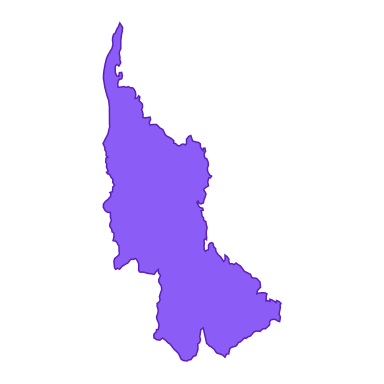 Araguanã, Tocantins, Brazil
{"feature_id": "56859067B14551772321426", "entity_name": "Araguanã", "entity_type": "district", "adm_level": 2, "iso_a3": "BRA", "parent_name": "Brazil", "parent_adm1": "Tocantins", "projection": "equal_earth", "projection_center": [-48.525, -6.736], "detail": "fine", "context": "isolated", "style": "filled", "palette": "violet", "viewbox_px": 384, "rotation_deg": 0, "n_neighbors": 0, "source": "geoboundaries", "source_scale": "gbopen_adm2", "svg_char_len": 4713}
<svg xmlns="http://www.w3.org/2000/svg" viewBox="0 0 384 384"><path d="M103.0,143.6L104.9,147.6L104.9,150.0L106.2,151.9L106.1,155.6L107.9,157.2L106.0,158.1L105.7,161.9L106.8,164.6L106.4,166.8L108.2,171.4L106.5,172.2L107.5,173.8L109.6,174.4L110.4,176.0L111.2,177.7L112.8,179.1L112.7,182.4L114.6,185.2L112.9,186.8L112.4,191.7L109.9,192.5L110.9,194.0L110.7,196.2L108.3,199.1L105.3,201.6L103.4,204.1L103.3,207.2L104.8,210.1L106.2,211.5L107.9,212.4L110.4,212.4L110.4,217.5L111.4,219.9L109.8,224.4L109.9,226.6L111.7,229.3L112.1,231.9L113.7,232.7L114.1,234.8L113.7,238.1L113.0,240.6L115.0,241.0L116.5,241.8L119.0,246.4L119.0,250.4L119.4,253.5L118.6,255.3L114.6,258.6L113.9,261.3L114.6,267.9L115.8,269.4L117.5,268.3L119.6,269.2L122.1,266.3L125.8,264.0L127.7,263.1L130.9,259.2L133.6,259.4L135.3,258.4L136.6,259.6L137.7,261.5L138.7,263.9L138.6,270.5L139.9,272.1L141.7,272.1L143.8,272.2L146.5,273.0L148.3,273.5L150.2,273.6L154.2,274.3L156.0,271.8L158.3,269.5L158.6,273.0L160.5,275.5L158.7,279.7L158.9,282.2L161.3,286.1L161.7,289.7L160.9,291.8L159.9,295.0L159.4,296.8L160.1,299.9L159.0,302.1L157.1,303.4L157.2,306.6L158.0,309.0L158.2,311.0L157.7,313.8L156.5,316.6L157.0,319.4L158.6,323.0L159.0,325.3L158.3,329.5L156.5,329.6L156.3,331.9L154.2,333.7L153.7,335.6L154.1,338.0L156.7,339.7L159.9,340.1L162.5,338.1L165.4,340.1L167.9,342.7L170.2,344.2L173.9,349.0L178.4,353.3L181.2,359.3L183.3,360.5L186.9,361.0L189.0,359.8L190.8,359.7L193.4,356.3L195.9,355.6L196.5,353.6L197.9,349.7L197.9,346.0L197.7,344.0L199.6,342.6L200.5,339.6L199.7,336.6L200.2,334.0L200.8,329.7L203.2,327.9L206.7,343.5L208.1,344.5L209.2,345.9L211.3,346.9L214.2,349.3L215.8,351.9L217.0,353.1L219.8,354.0L222.5,354.9L225.0,357.2L226.5,354.0L228.7,354.0L229.8,348.7L231.1,347.5L234.0,346.6L236.0,346.0L237.3,344.5L238.3,342.6L240.1,342.0L241.8,340.5L244.6,337.8L246.0,338.4L248.1,336.8L250.6,335.9L252.4,333.7L253.7,332.2L255.9,331.0L260.0,331.4L261.5,330.0L263.4,328.6L265.4,328.8L267.6,326.8L269.6,324.9L269.7,321.7L270.8,320.0L273.1,319.3L275.6,319.6L278.0,321.1L279.6,321.6L280.1,319.2L280.3,316.7L279.1,314.4L279.6,311.1L280.4,307.4L280.0,305.3L281.0,303.4L279.0,301.5L276.6,300.5L275.9,302.6L274.3,301.3L272.1,300.0L269.9,299.2L269.8,301.5L267.5,300.5L266.1,301.1L266.3,295.6L267.0,293.9L265.2,292.9L262.3,292.7L258.4,293.2L256.8,293.8L257.5,290.5L260.6,287.1L260.0,282.1L257.4,279.1L255.9,278.1L254.2,278.2L251.8,277.5L250.5,274.3L244.2,271.2L242.7,268.9L240.7,266.2L237.5,264.1L236.0,263.0L234.2,264.6L231.9,263.6L229.6,263.9L228.8,261.3L228.8,259.2L227.2,256.7L225.0,255.1L225.1,259.8L223.7,261.5L220.9,257.2L219.7,256.0L218.3,254.9L215.9,251.3L215.6,248.5L213.9,247.1L212.9,243.2L211.3,242.6L209.7,243.4L208.5,245.1L208.5,247.6L208.4,249.8L206.8,250.2L205.5,251.3L204.3,249.8L204.0,246.6L204.3,243.4L204.0,240.2L205.2,238.6L206.5,239.7L206.7,237.7L206.3,234.5L206.3,231.5L207.1,227.6L206.2,224.2L205.8,221.5L203.9,220.4L203.4,217.7L202.0,215.8L201.6,212.6L201.1,210.8L203.2,210.3L202.8,208.3L199.8,207.4L198.6,205.7L196.8,202.3L198.0,201.0L199.2,203.4L200.9,203.9L203.3,203.0L204.0,199.8L205.2,196.9L206.0,193.9L204.9,191.6L203.6,189.9L204.6,188.4L206.4,187.1L208.5,185.8L208.1,183.8L207.7,181.8L208.9,177.8L210.4,177.9L211.6,176.1L209.6,175.0L207.9,172.0L207.4,169.6L207.5,167.6L208.3,165.7L208.3,163.2L207.7,160.9L206.6,158.6L204.8,158.0L204.1,154.0L205.6,151.1L204.9,148.1L203.4,148.2L203.0,150.7L200.5,147.3L200.3,143.8L198.4,142.4L195.6,141.9L192.6,140.9L190.8,135.5L188.7,136.4L186.5,139.2L186.5,143.2L185.6,144.9L183.9,144.1L182.0,144.2L179.2,146.0L177.3,145.2L175.5,143.5L173.7,143.2L173.8,140.7L171.5,138.6L169.3,137.3L167.2,136.4L165.2,134.6L162.9,129.6L159.7,127.8L157.9,125.7L156.5,124.5L154.3,124.5L152.2,124.5L150.2,125.2L149.2,122.6L150.6,119.6L150.1,117.1L146.9,117.6L144.3,117.9L142.8,117.3L143.1,115.0L142.6,112.2L141.6,109.6L142.6,107.0L142.4,104.1L141.0,102.5L139.1,100.8L139.9,97.0L138.7,95.8L137.3,98.0L135.2,98.5L135.8,94.9L135.4,91.9L134.3,89.6L132.6,87.8L130.5,87.8L128.3,86.6L126.1,87.4L124.0,86.5L120.1,87.2L118.1,87.2L117.7,84.4L118.1,81.8L119.2,79.4L121.7,78.8L122.4,75.9L121.7,72.4L119.4,72.6L118.8,76.3L116.7,75.9L115.4,72.6L115.2,70.0L115.2,67.9L115.4,66.0L117.0,64.5L118.9,66.0L120.8,62.6L119.8,59.6L120.0,57.3L119.4,54.4L119.3,51.9L120.8,48.7L120.8,40.3L121.7,33.6L122.3,31.1L122.6,27.4L119.8,23.0L118.2,27.1L117.1,28.7L116.2,30.8L115.3,33.0L113.7,34.2L113.0,36.1L112.6,38.1L112.5,40.5L113.0,44.0L112.0,48.4L110.4,50.9L109.3,53.0L108.2,54.6L106.6,58.2L105.3,63.3L104.0,70.4L103.6,74.0L103.4,78.4L104.1,82.2L104.5,85.2L105.0,87.9L107.0,95.6L107.6,97.4L108.7,100.5L109.4,106.8L109.5,124.4L109.7,126.7L108.6,131.0L108.0,133.9L107.1,135.7L105.8,138.0L103.0,143.6Z" fill="#8b5cf6" stroke="#5b21b6" stroke-width="1.5"/></svg>